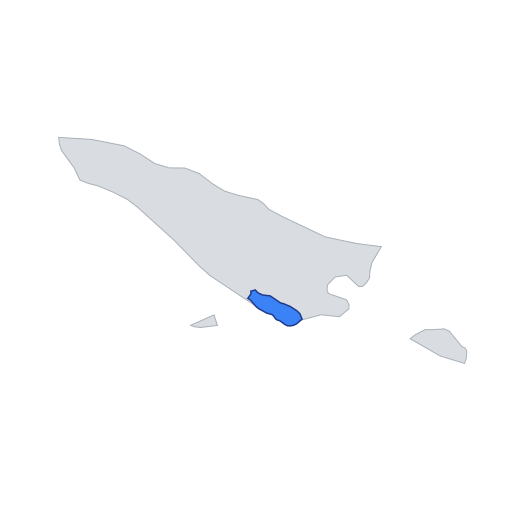 East Timor, with Liquica highlighted, rotated 225°
{"feature_id": "TLS-542", "entity_name": "Liquica", "entity_type": "District", "adm_level": 1, "iso_a3": "TLS", "parent_name": "East Timor", "parent_adm1": "", "projection": "mercator", "projection_center": [125.297, -8.662], "detail": "fine", "context": "in_parent", "style": "filled", "palette": "blue", "viewbox_px": 512, "rotation_deg": 225, "n_neighbors": 0, "source": "natural_earth", "source_scale": "10m", "svg_char_len": 1494}
<svg xmlns="http://www.w3.org/2000/svg" viewBox="0 0 512 512"><g transform="rotate(225 256 256)"><path d="M174.0,351.2L169.3,333.1L164.3,325.3L160.3,320.9L159.0,315.4L159.2,309.7L161.6,307.1L178.4,306.4L185.2,297.1L185.1,286.0L181.7,282.2L178.4,280.6L161.0,289.0L156.0,287.5L153.0,284.4L154.0,272.1L168.4,260.5L180.5,239.6L189.1,231.2L209.0,223.4L217.0,221.2L274.9,209.6L288.7,208.8L325.5,209.2L374.6,206.7L386.7,205.1L402.5,200.0L417.7,193.7L425.8,188.8L434.2,185.2L446.9,189.7L468.3,193.1L474.1,196.1L479.4,200.3L454.5,222.3L427.2,240.6L410.4,246.1L393.0,249.8L379.7,256.9L368.5,267.9L354.2,274.2L338.0,276.3L324.3,279.6L311.8,286.1L294.4,297.3L287.3,298.4L279.9,298.1L265.5,302.4L220.6,318.4L193.5,336.1L174.0,351.2ZM32.6,327.5L54.8,315.6L88.5,306.5L87.7,313.2L84.2,323.7L79.1,328.7L71.4,337.5L66.3,339.5L46.0,337.5L43.4,338.8L39.9,337.9L34.8,332.2L32.6,327.5ZM253.2,160.8L244.1,184.6L234.2,179.6L244.7,166.2L249.8,162.2L253.2,160.8Z" fill="#d9dde1" stroke="#a8b0b8" stroke-width="1"/><path d="M178.8,244.0L179.3,236.9L180.4,233.7L182.2,230.9L184.5,228.9L187.2,228.0L193.5,227.0L196.1,225.6L197.2,225.4L202.2,226.1L203.8,225.7L207.8,223.3L216.9,220.6L219.7,220.3L228.7,220.9L231.5,220.3L231.8,220.2L232.0,221.4L232.9,225.9L234.8,227.4L233.4,229.9L232.5,231.5L228.8,231.3L223.9,233.0L220.2,235.9L217.8,237.8L212.3,238.9L205.7,240.1L202.1,242.1L195.8,244.6L189.2,246.0L188.3,246.2L184.2,246.2L181.5,245.1L178.8,244.0L178.8,244.0Z" fill="#3b82f6" stroke="#1e3a8a" stroke-width="1.5"/></g></svg>